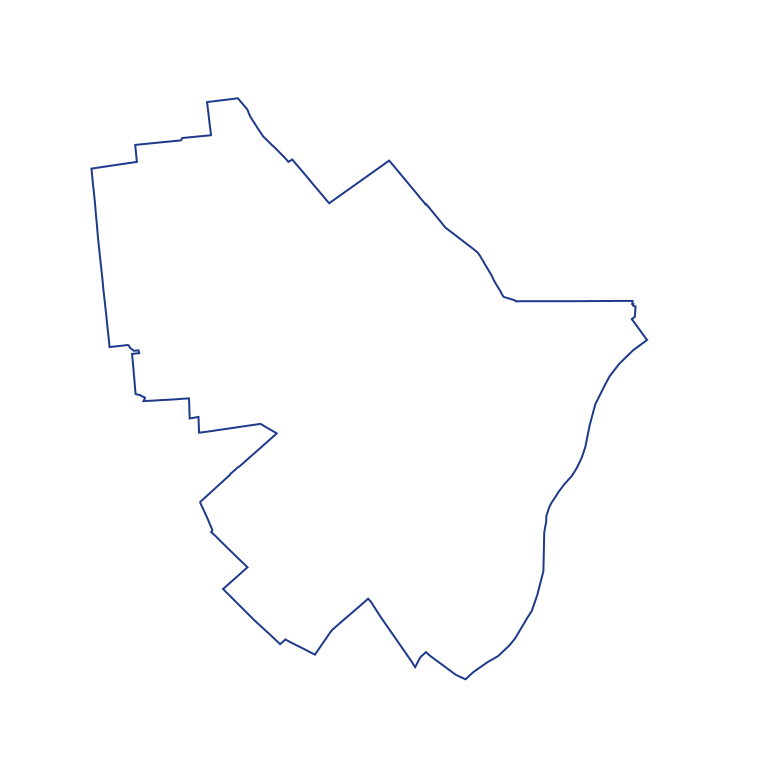 Fetesti, Calarasi, Romania, rotated 352°
{"feature_id": "2599482B60932966613296", "entity_name": "Fetesti", "entity_type": "district", "adm_level": 2, "iso_a3": "ROU", "parent_name": "Romania", "parent_adm1": "Calarasi", "projection": "natural_earth1", "projection_center": [27.783, 44.402], "detail": "fine", "context": "isolated", "style": "outline", "palette": "blue", "viewbox_px": 768, "rotation_deg": 352, "n_neighbors": 0, "source": "geoboundaries", "source_scale": "gbopen_adm2", "svg_char_len": 3566}
<svg xmlns="http://www.w3.org/2000/svg" viewBox="0 0 768 768"><g transform="rotate(352 384 384)"><path d="M420.3,163.5L420.0,163.6L406.3,170.7L398.6,174.7L354.8,197.4L340.8,175.1L338.1,170.6L330.2,158.1L327.7,154.2L326.0,151.6L324.4,148.9L324.2,149.0L320.6,150.6L320.3,150.7L316.8,145.5L312.0,139.1L308.0,133.6L307.2,132.9L305.4,130.6L304.3,129.1L303.2,127.7L298.8,122.0L294.9,114.0L289.1,101.3L287.9,97.6L287.1,93.8L286.5,92.5L279.0,80.7L278.7,80.7L248.0,80.2L247.8,91.5L247.6,97.3L247.4,113.4L247.1,113.6L218.4,112.3L216.8,114.5L170.9,112.6L170.2,129.7L161.6,129.7L124.3,130.0L123.6,145.5L123.4,153.5L123.2,158.4L122.9,165.9L122.8,166.9L122.8,167.5L122.8,167.8L122.8,168.1L122.4,174.0L122.0,183.3L121.6,190.8L121.2,198.0L120.5,217.1L120.2,226.2L120.1,230.6L119.8,240.5L119.3,250.3L119.0,261.4L118.4,281.2L118.2,285.9L118.0,291.9L117.9,295.7L117.4,309.2L119.9,309.3L133.7,309.7L135.5,309.7L136.7,310.4L136.7,310.5L137.6,312.8L137.8,313.2L141.0,316.3L142.6,316.4L145.6,316.5L145.7,318.1L145.8,318.3L145.9,319.4L138.7,319.1L138.0,333.9L136.6,359.3L139.4,360.6L139.8,360.7L141.0,360.9L142.2,362.3L145.1,363.9L145.4,364.6L143.5,367.4L150.3,368.1L161.8,369.0L173.2,370.0L181.0,370.5L188.9,371.1L188.1,378.7L187.5,383.9L187.0,389.2L186.8,391.1L195.7,390.8L194.1,406.5L201.1,406.6L208.1,406.6L208.7,406.6L212.3,406.5L216.0,406.5L225.3,406.5L234.6,406.4L256.2,406.3L260.1,409.5L261.4,410.5L267.2,415.0L270.9,417.9L269.1,419.3L265.5,421.6L261.2,424.5L249.1,432.5L238.3,439.6L229.1,445.7L228.0,446.0L221.2,450.5L219.3,451.7L218.7,452.7L213.3,456.3L202.9,463.4L194.3,469.3L185.7,475.1L185.6,475.5L185.6,476.3L185.7,476.7L187.9,483.9L189.1,487.8L190.8,493.6L192.3,499.5L192.9,501.6L193.6,504.0L193.6,504.9L193.5,505.3L193.1,505.8L192.2,506.5L193.1,507.6L196.1,511.2L200.0,516.5L203.0,520.4L205.3,523.4L207.0,525.6L207.7,526.4L208.9,528.1L210.2,529.7L212.2,532.3L216.1,537.3L217.4,539.0L220.4,542.7L223.3,546.5L218.9,549.4L211.4,554.5L205.1,558.6L197.0,564.0L196.1,564.5L198.3,567.6L200.9,570.9L203.8,574.8L205.1,576.6L206.9,579.0L210.1,583.2L218.2,593.9L223.6,601.0L235.5,615.4L242.0,623.5L244.9,627.2L250.9,623.2L251.5,623.8L255.9,627.0L259.6,629.6L265.9,633.9L277.9,642.4L283.8,636.0L289.2,630.1L291.0,628.2L294.7,624.1L297.1,621.5L299.0,619.9L311.8,611.6L320.6,606.0L323.8,603.9L325.9,602.6L338.4,594.4L340.7,597.7L348.3,614.3L367.7,652.7L372.7,662.7L375.4,668.7L377.9,665.3L380.0,662.3L381.1,660.8L382.2,659.6L382.9,658.9L384.7,657.8L388.2,655.3L390.5,658.1L392.1,659.9L396.3,664.0L414.9,682.2L423.7,687.8L431.9,682.0L447.5,674.0L459.2,669.3L471.7,660.4L478.3,654.3L493.4,635.5L498.8,629.2L506.5,614.1L515.8,591.5L520.5,562.6L522.1,552.9L525.4,543.1L526.3,537.5L530.5,529.0L532.8,525.6L537.6,520.1L542.4,514.6L545.3,511.7L548.2,508.8L554.7,503.3L556.9,501.5L562.7,494.7L568.8,485.7L570.1,483.4L574.6,474.4L581.9,453.5L586.2,443.4L590.5,433.3L603.4,414.7L608.5,407.7L619.8,396.7L635.2,385.4L650.6,377.0L641.1,359.2L638.4,354.2L641.7,352.4L643.3,345.2L643.9,342.3L641.6,341.1L642.1,339.5L640.9,339.2L641.8,336.5L640.1,336.1L625.0,334.0L580.5,328.0L566.5,326.0L552.5,324.1L531.2,321.1L525.9,320.4L525.9,320.1L525.6,319.7L524.6,319.0L519.8,316.8L514.6,314.4L513.1,311.3L512.5,309.0L508.9,300.9L506.9,295.7L506.0,292.3L499.9,277.8L499.3,276.0L497.4,271.9L497.1,270.6L496.3,269.4L495.8,268.2L494.9,266.6L493.5,265.2L491.8,263.3L466.4,237.5L463.1,231.8L458.5,224.3L452.5,214.4L452.1,214.2L452.0,213.7L450.7,211.7L450.2,212.0L449.2,210.2L446.8,206.5L441.0,196.9L437.2,190.8L433.4,184.7L423.8,169.1L420.8,164.4L420.3,163.5Z" fill="none" stroke="#1e3a8a" stroke-width="2"/></g></svg>